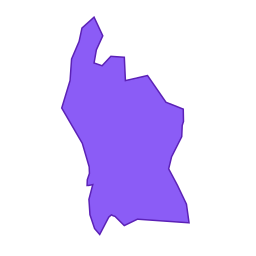 an SVG outline of Kokneses, rotated 274°
{"feature_id": "LVA-5729", "entity_name": "Kokneses", "entity_type": "Municipality", "adm_level": 1, "iso_a3": "LVA", "parent_name": "Latvia", "parent_adm1": "", "projection": "equal_earth", "projection_center": [25.446, 56.702], "detail": "fine", "context": "isolated", "style": "filled", "palette": "violet", "viewbox_px": 256, "rotation_deg": 274, "n_neighbors": 0, "source": "natural_earth", "source_scale": "10m", "svg_char_len": 646}
<svg xmlns="http://www.w3.org/2000/svg" viewBox="0 0 256 256"><g transform="rotate(274 128 128)"><path d="M143.3,60.5L171.3,66.9L192.9,66.9L211.0,73.2L224.5,75.1L236.2,86.4L218.2,96.4L203.8,91.0L190.5,89.6L188.3,97.8L198.3,105.9L198.3,119.4L175.1,122.1L181.7,143.8L156.3,164.1L150.7,181.8L138.4,182.9L134.3,181.9L123.1,182.2L102.4,173.5L90.1,171.4L74.3,181.3L56.1,191.6L37.7,195.5L37.7,170.9L37.7,143.8L30.4,131.1L38.9,121.3L39.4,119.3L40.2,117.5L37.7,115.0L19.8,107.2L25.3,101.7L38.8,96.1L54.1,94.0L69.1,96.8L68.0,93.1L67.8,91.2L73.5,91.0L80.0,92.7L86.5,92.0L109.5,83.5L143.3,60.5Z" fill="#8b5cf6" stroke="#5b21b6" stroke-width="1.5"/></g></svg>